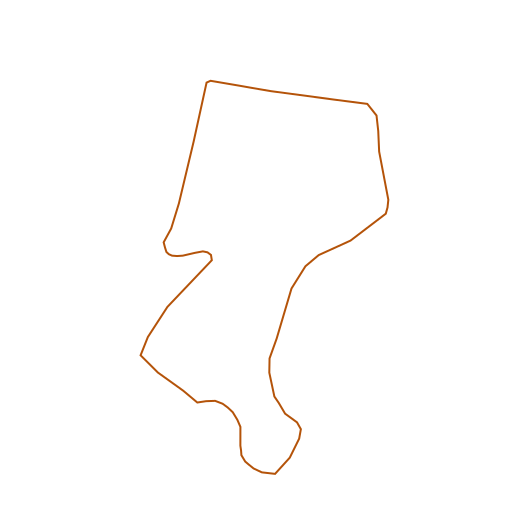 the district of San Francisco La Unión, Quezaltenango, Guatemala, rotated 299°
{"feature_id": "79465075B13739271835933", "entity_name": "San Francisco La Unión", "entity_type": "district", "adm_level": 2, "iso_a3": "GTM", "parent_name": "Guatemala", "parent_adm1": "Quezaltenango", "projection": "mercator", "projection_center": [-91.556, 14.925], "detail": "fine", "context": "isolated", "style": "outline", "palette": "amber", "viewbox_px": 512, "rotation_deg": 299, "n_neighbors": 0, "source": "geoboundaries", "source_scale": "gbopen_adm2", "svg_char_len": 922}
<svg xmlns="http://www.w3.org/2000/svg" viewBox="0 0 512 512"><g transform="rotate(299 256 256)"><path d="M99.4,275.7L104.8,282.7L109.5,290.5L110.6,298.4L109.8,304.7L108.1,311.4L103.7,319.1L99.0,325.2L82.5,334.3L78.7,337.2L74.7,339.8L71.0,346.2L70.1,350.6L69.0,356.9L69.6,366.0L74.7,378.3L96.0,383.3L117.2,382.3L126.3,379.2L130.4,372.5L132.2,357.9L138.6,347.0L142.0,340.2L160.4,324.2L173.0,317.5L193.8,314.1L244.8,302.8L271.0,304.2L287.2,310.4L315.3,331.2L355.9,349.0L362.2,347.5L369.3,344.5L407.0,313.1L424.6,302.3L437.3,293.3L443.0,279.6L430.5,248.1L407.4,189.1L401.3,171.7L397.0,159.2L387.2,131.3L383.7,128.7L325.8,146.0L264.5,163.1L238.9,168.5L223.2,168.6L219.4,172.2L216.1,175.7L215.3,178.9L215.6,182.4L217.7,187.0L220.8,191.8L229.1,201.0L234.3,207.3L235.7,211.8L235.1,216.1L230.9,219.4L168.6,203.2L132.7,200.7L113.2,203.2L106.5,226.7L102.9,257.6L99.4,275.7Z" fill="none" stroke="#b45309" stroke-width="2"/></g></svg>